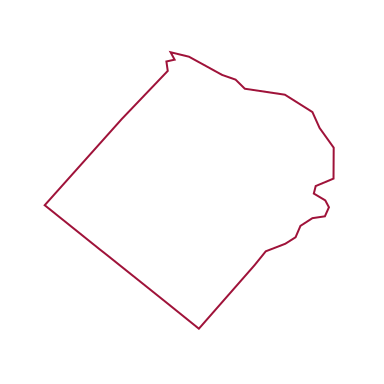 Howard, Missouri, United States of America, rotated 200°
{"feature_id": "52423323B70780869118489", "entity_name": "Howard", "entity_type": "district", "adm_level": 2, "iso_a3": "USA", "parent_name": "United States of America", "parent_adm1": "Missouri", "projection": "albers", "projection_center": [-92.759, 39.156], "detail": "fine", "context": "isolated", "style": "outline", "palette": "rose", "viewbox_px": 384, "rotation_deg": 200, "n_neighbors": 0, "source": "geoboundaries", "source_scale": "gbopen_adm2", "svg_char_len": 523}
<svg xmlns="http://www.w3.org/2000/svg" viewBox="0 0 384 384"><g transform="rotate(200 192 192)"><path d="M181.9,80.6L138.8,65.9L108.2,144.6L102.4,161.5L86.6,175.3L79.2,184.9L78.5,197.3L69.9,208.6L58.8,214.6L58.1,224.5L63.9,229.7L77.0,232.2L77.8,239.9L63.6,253.0L74.0,282.1L94.0,295.8L106.2,308.3L138.0,315.2L177.7,307.1L189.5,312.5L203.7,312.3L241.1,318.1L259.9,316.0L253.6,310.4L260.7,305.9L256.2,297.5L282.9,236.7L325.9,129.2L258.7,106.4L254.0,104.9L181.9,80.6Z" fill="none" stroke="#9f1239" stroke-width="2"/></g></svg>